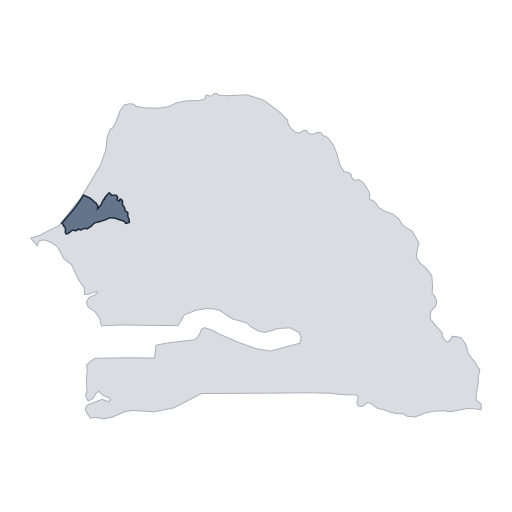 Tivaoune, Thiès, Senegal shown in context
{"feature_id": "50182788B62483410284412", "entity_name": "Tivaoune", "entity_type": "district", "adm_level": 2, "iso_a3": "SEN", "parent_name": "Senegal", "parent_adm1": "Thiès", "projection": "albers", "projection_center": [-16.699, 15.086], "detail": "fine", "context": "in_parent", "style": "filled", "palette": "slate", "viewbox_px": 512, "rotation_deg": 0, "n_neighbors": 0, "source": "geoboundaries", "source_scale": "gbopen_adm2", "svg_char_len": 7988}
<svg xmlns="http://www.w3.org/2000/svg" viewBox="0 0 512 512"><path d="M411.9,230.9L419.0,242.8L417.6,248.6L416.2,257.1L420.2,263.2L424.8,267.1L428.2,270.7L431.8,275.7L432.6,285.8L432.1,293.1L434.5,296.3L436.6,300.5L436.3,304.0L435.1,307.0L430.8,311.2L430.2,318.8L437.5,327.8L442.2,332.7L442.2,335.5L443.5,338.6L447.0,342.2L449.0,341.3L451.2,338.3L452.2,336.2L458.3,337.0L461.2,337.8L465.3,343.7L466.8,347.7L467.9,352.7L472.1,358.8L475.8,363.1L476.6,365.9L479.9,369.5L478.1,377.8L478.4,382.0L476.5,393.2L476.1,398.4L476.3,400.3L481.3,404.2L480.9,409.8L475.9,408.9L467.4,408.5L450.2,411.8L444.3,410.7L433.0,411.3L425.0,413.1L414.9,417.0L406.9,416.2L402.6,413.4L397.0,413.7L390.6,412.3L383.8,409.7L377.6,408.4L370.8,403.4L367.7,402.5L365.5,403.9L363.7,405.6L361.8,406.7L358.2,405.9L356.8,402.4L357.8,399.0L358.1,396.5L356.4,395.1L352.3,394.7L345.8,394.8L335.2,394.0L332.7,393.3L309.0,392.8L284.4,393.0L263.6,393.2L237.3,393.3L218.8,393.4L201.5,393.5L188.3,400.4L173.9,407.8L154.5,411.8L132.1,410.5L125.0,411.5L117.6,414.8L112.2,417.2L104.5,418.7L94.5,417.5L90.5,418.2L88.0,414.8L85.1,409.4L86.9,405.4L93.0,402.8L102.1,399.4L106.9,401.2L109.7,401.3L110.2,399.1L109.3,398.0L102.4,395.0L98.9,391.2L95.9,393.4L93.4,398.2L91.2,399.6L88.1,400.9L86.4,397.7L85.6,394.6L87.0,392.1L86.3,378.6L87.2,371.3L86.7,365.0L91.0,360.9L95.1,358.3L111.0,358.0L125.8,357.8L140.1,357.9L154.6,358.0L156.0,345.3L160.6,344.3L167.5,343.0L180.3,341.4L194.6,339.8L197.6,337.3L200.0,333.1L201.4,329.3L204.4,327.7L208.4,328.9L213.6,330.9L219.1,333.9L225.3,336.7L229.5,338.4L239.5,342.8L256.6,348.8L270.6,351.1L287.5,346.4L299.7,343.3L301.2,337.9L299.2,332.6L290.0,327.8L277.7,328.5L273.9,329.9L268.1,331.6L264.7,332.3L258.8,331.2L251.4,327.1L246.7,322.9L240.1,320.9L232.4,319.0L219.9,310.4L213.5,308.9L207.4,308.5L195.6,310.3L184.2,315.0L178.2,325.6L166.7,325.5L142.3,325.3L119.9,325.0L101.4,325.8L99.5,318.1L95.2,312.0L88.0,306.8L86.5,302.0L88.9,297.7L95.8,294.3L97.3,291.8L93.7,292.2L88.3,294.4L84.7,294.5L84.2,287.8L78.2,279.2L71.5,264.6L63.8,258.6L57.4,246.7L50.7,242.2L44.5,240.0L39.2,240.5L37.3,245.8L30.7,238.1L39.7,235.3L58.9,225.6L81.0,197.7L100.7,164.7L103.2,156.9L105.6,151.0L107.2,137.5L110.0,129.4L112.7,127.9L116.0,121.7L120.0,110.9L124.5,104.9L129.6,103.7L133.6,104.2L136.4,106.4L144.7,107.8L158.4,108.2L169.0,106.6L176.5,102.8L186.3,100.8L198.5,100.7L204.9,99.1L205.5,96.0L207.1,95.0L209.6,96.2L212.0,95.7L214.3,93.5L216.5,93.3L218.7,95.2L228.9,95.7L247.1,94.8L264.0,100.3L279.6,112.2L287.6,120.2L288.2,124.2L290.8,128.3L295.5,132.3L299.7,133.0L303.5,130.4L306.5,130.6L308.7,133.8L313.1,134.3L318.0,132.3L321.5,133.0L322.2,134.8L323.0,135.8L325.4,136.2L328.6,138.6L333.2,144.9L337.0,153.8L340.0,165.3L343.8,171.5L348.5,172.5L351.2,174.8L351.8,177.5L353.1,179.3L355.4,180.3L359.3,179.7L363.9,183.5L369.0,191.8L369.9,195.6L369.1,197.7L369.4,199.2L372.7,200.5L375.9,203.3L378.5,207.4L384.1,211.0L392.5,214.0L398.7,218.7L402.5,225.1L410.3,230.3L411.9,230.9Z" fill="#d9dde1" stroke="#a8b0b8" stroke-width="1"/><path d="M114.1,218.1L114.3,218.1L114.9,218.3L115.7,218.5L116.9,218.8L117.2,218.9L118.0,219.3L118.7,219.5L118.9,219.7L119.8,219.9L120.2,220.1L120.7,220.1L121.8,220.4L122.3,220.6L123.0,220.9L123.8,221.3L124.3,221.5L124.8,221.9L125.2,222.4L125.3,222.8L125.5,223.2L125.9,223.3L126.6,223.3L127.5,223.0L128.1,222.7L128.5,222.6L129.2,222.5L129.3,222.4L129.2,222.2L129.3,221.7L129.3,221.3L129.2,220.8L129.1,219.8L129.1,219.5L129.0,219.2L128.9,218.9L128.8,218.6L128.6,218.3L128.4,218.0L128.3,217.6L128.0,216.9L127.9,216.2L127.8,215.7L127.8,215.0L127.8,214.4L127.9,213.3L127.8,212.8L127.6,212.6L127.3,212.2L126.8,211.8L126.6,211.7L125.8,211.2L125.4,211.0L125.2,210.8L125.1,210.7L124.9,210.4L124.8,210.2L124.7,209.9L124.8,209.4L124.8,209.0L124.8,208.7L124.8,208.3L124.7,208.0L124.6,207.9L124.4,207.4L124.3,207.2L124.1,207.0L123.9,206.6L123.7,206.4L123.3,205.9L123.1,205.5L122.8,205.2L122.6,204.7L122.6,204.4L122.5,204.0L122.4,203.6L122.5,203.1L122.5,202.8L122.6,202.3L122.6,202.0L122.5,201.5L122.4,201.1L122.2,200.5L121.9,200.2L121.6,199.7L121.0,199.3L120.6,199.2L120.1,199.2L119.8,199.4L119.7,199.8L119.6,200.5L119.5,200.8L119.3,201.0L119.1,201.0L118.6,201.0L118.4,200.8L118.1,200.6L117.8,200.3L117.5,200.0L117.2,199.7L117.0,199.4L117.0,198.9L117.3,198.6L117.6,198.2L117.8,197.7L117.7,197.3L117.5,196.9L117.1,196.3L116.8,195.9L116.5,195.6L115.9,195.2L114.8,195.2L113.3,195.2L112.6,195.2L111.8,195.3L111.4,194.9L110.9,194.3L110.6,194.0L110.3,193.6L109.9,193.2L109.6,193.0L109.2,192.8L108.9,193.1L108.5,193.5L108.2,193.7L107.2,194.8L106.9,195.2L106.5,195.6L106.2,196.0L105.9,196.3L105.6,196.6L105.5,196.8L105.2,197.1L105.0,197.6L104.8,197.8L104.6,198.2L104.8,198.4L104.8,198.7L104.8,198.9L104.7,199.1L104.5,199.4L104.1,199.6L103.7,199.4L103.5,199.7L103.1,200.4L102.7,201.2L102.2,202.1L101.7,203.2L101.4,204.1L101.0,204.7L100.7,205.2L100.3,205.8L99.8,206.2L99.4,206.7L99.0,207.0L98.8,207.5L98.5,207.9L97.8,208.5L97.5,208.9L97.6,207.2L97.7,206.6L97.7,205.9L97.5,205.2L97.2,204.8L97.1,204.6L96.7,204.4L96.4,204.2L96.3,203.9L96.0,202.9L95.7,202.8L94.9,202.3L94.2,201.7L93.8,201.4L93.6,201.3L92.3,199.9L92.0,199.7L91.5,199.5L91.1,199.2L90.8,198.8L90.6,198.4L90.2,198.0L89.2,197.7L88.4,197.4L88.1,197.1L86.9,196.6L85.8,196.1L84.6,195.6L83.4,195.1L82.9,195.9L82.5,196.5L82.2,197.1L82.0,197.4L81.8,197.8L81.6,198.2L81.1,198.8L80.9,199.2L80.6,199.7L80.3,200.1L80.1,200.5L79.9,200.8L79.5,201.3L79.4,201.5L79.1,201.9L78.7,202.4L78.4,202.9L78.2,203.2L77.9,203.7L77.5,204.1L77.2,204.5L76.9,204.8L76.6,205.2L76.4,205.5L76.0,206.1L75.7,206.5L75.4,206.8L75.0,207.5L74.9,207.6L74.6,208.0L74.4,208.3L74.1,208.6L74.0,208.8L73.9,209.0L73.7,209.3L73.5,209.5L73.2,209.8L72.9,210.1L72.7,210.5L72.2,211.1L71.7,211.6L71.4,211.9L71.0,212.4L70.7,212.8L70.3,213.3L70.1,213.6L69.7,214.0L69.4,214.4L69.3,214.5L69.2,214.6L69.0,214.8L68.9,215.0L68.7,215.2L68.5,215.4L68.4,215.5L68.2,215.8L67.8,216.1L67.7,216.2L67.6,216.4L67.5,216.5L67.4,216.6L67.2,216.8L67.0,217.1L66.9,217.2L66.8,217.3L66.6,217.5L66.4,217.8L66.2,218.0L65.9,218.4L65.8,218.5L65.6,218.7L65.5,218.8L65.4,218.9L65.3,219.1L65.2,219.2L65.1,219.3L64.9,219.5L64.7,219.7L64.6,219.8L64.4,220.1L64.3,220.3L64.1,220.4L63.9,220.5L63.8,220.8L63.7,220.9L63.7,221.0L63.4,221.3L63.2,221.5L62.9,221.8L62.8,222.0L62.7,222.1L62.5,222.3L62.4,222.4L62.3,222.5L62.2,222.6L62.1,222.8L61.9,223.0L61.7,223.3L62.3,223.8L63.1,224.5L63.5,224.8L63.6,225.5L63.6,226.1L64.0,226.3L64.6,227.0L65.1,227.7L65.5,229.3L65.5,229.8L65.4,230.5L65.3,231.1L65.3,231.6L65.2,232.0L65.3,232.3L65.4,232.7L65.4,232.9L65.5,233.0L66.0,233.7L66.1,233.8L66.3,233.9L66.7,233.9L66.9,233.9L67.2,233.8L67.4,233.7L67.6,233.7L67.8,233.6L68.1,233.4L68.4,233.2L68.8,232.9L69.6,232.4L69.7,232.2L69.8,232.1L70.0,232.1L70.1,231.9L70.3,231.8L70.4,231.7L70.5,231.5L70.7,231.4L70.8,231.3L71.0,231.1L71.4,230.8L71.6,230.7L71.8,230.5L72.0,230.4L72.3,230.3L72.5,230.2L73.0,230.2L73.5,230.2L73.6,230.3L73.8,230.4L74.0,230.4L74.2,230.5L74.4,230.6L74.7,230.6L74.9,230.6L75.1,230.7L75.4,230.7L75.5,230.7L75.8,230.7L76.1,230.5L76.3,230.5L76.5,230.4L76.8,230.2L77.0,230.2L77.4,229.9L77.5,229.8L77.6,229.6L77.8,229.7L78.0,229.6L78.3,229.4L78.4,229.2L78.6,229.2L78.8,229.1L79.0,229.1L79.3,229.2L79.4,229.4L79.6,229.5L79.9,229.7L80.0,229.8L80.4,230.0L80.5,230.0L80.8,230.0L81.0,230.0L81.7,229.6L82.5,229.2L83.0,228.9L83.6,228.7L84.3,228.5L84.6,228.4L84.9,228.4L85.1,228.4L85.5,228.5L86.1,228.7L86.5,228.8L87.0,228.9L87.6,228.6L87.9,228.4L88.4,228.1L88.7,227.8L88.8,227.7L89.0,227.6L89.4,227.4L90.0,227.0L90.5,226.7L90.9,226.5L91.4,226.1L91.7,225.8L92.0,225.4L92.3,225.1L93.1,224.2L93.9,223.5L94.4,223.1L94.6,223.0L94.7,222.9L95.5,222.7L96.4,222.4L97.6,222.1L98.4,222.0L99.5,221.7L100.4,221.5L101.4,221.1L102.1,220.8L103.3,220.5L103.5,220.4L104.4,220.0L105.0,219.8L105.6,219.8L106.0,219.7L106.8,219.2L107.2,218.8L107.5,218.7L107.9,218.5L108.2,218.4L108.7,218.2L109.2,218.1L109.6,218.0L110.0,217.9L110.4,217.8L110.9,217.8L111.5,217.8L112.1,217.9L112.8,218.0L113.4,218.0L113.7,218.0L114.1,218.1Z" fill="#64748b" stroke="#1e293b" stroke-width="1.5"/></svg>